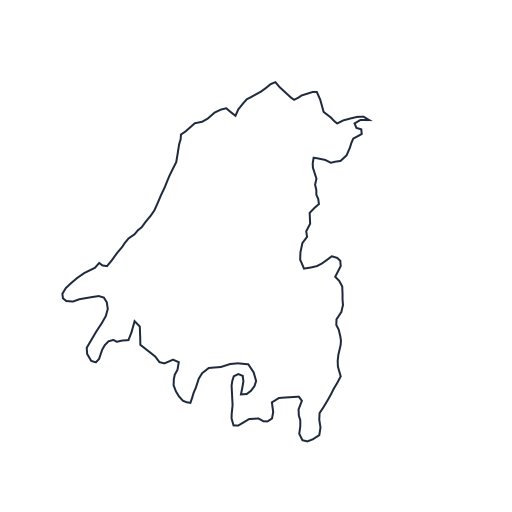 outline of Rolador, Rio Grande do Sul, Brazil, rotated 211°
{"feature_id": "56859067B54223989013555", "entity_name": "Rolador", "entity_type": "district", "adm_level": 2, "iso_a3": "BRA", "parent_name": "Brazil", "parent_adm1": "Rio Grande do Sul", "projection": "natural_earth1", "projection_center": [-54.842, -28.264], "detail": "fine", "context": "isolated", "style": "outline", "palette": "slate", "viewbox_px": 512, "rotation_deg": 211, "n_neighbors": 0, "source": "geoboundaries", "source_scale": "gbopen_adm2", "svg_char_len": 2961}
<svg xmlns="http://www.w3.org/2000/svg" viewBox="0 0 512 512"><g transform="rotate(211 256 256)"><path d="M368.2,228.6L368.8,221.8L370.5,217.2L371.3,212.0L374.3,205.4L375.2,199.4L375.4,194.5L376.6,187.4L377.4,177.8L378.5,170.6L382.8,168.8L386.8,169.3L388.0,162.9L391.3,157.8L394.5,152.8L398.0,145.0L400.5,137.6L402.5,130.6L402.5,123.9L399.7,120.3L395.4,119.7L389.4,122.7L385.2,127.9L381.3,131.3L375.0,136.7L370.1,140.7L365.0,142.0L360.1,139.5L355.8,134.3L353.8,127.2L353.6,118.8L354.0,109.4L353.9,97.1L353.8,90.1L350.3,85.1L343.2,81.2L338.5,82.4L337.5,86.9L339.6,96.6L339.7,101.7L338.5,106.9L335.0,110.6L331.1,110.8L327.3,114.5L322.0,118.2L323.4,126.4L326.5,137.6L319.3,135.7L313.4,126.7L309.4,120.3L294.9,118.5L290.5,117.9L284.1,115.3L279.2,116.8L273.7,124.4L267.5,125.2L264.7,118.0L264.5,112.4L263.0,108.1L260.0,102.7L254.9,98.7L249.8,96.0L244.1,94.3L240.2,94.9L236.6,96.3L237.8,102.0L239.0,106.6L239.7,111.9L241.9,121.4L241.8,127.9L238.8,135.7L233.1,139.8L229.0,142.7L222.5,150.1L216.4,154.6L206.8,159.2L198.0,155.0L191.5,148.9L190.3,143.6L190.9,137.8L192.9,132.9L197.6,129.6L200.0,136.3L202.2,142.0L205.6,146.4L210.3,145.7L213.1,141.5L212.0,136.8L210.2,132.4L199.2,116.0L195.6,108.3L193.3,104.2L188.0,99.2L183.9,101.5L181.7,105.6L177.9,112.7L174.1,115.3L170.2,118.0L164.3,118.2L160.9,120.2L158.6,125.0L160.9,131.1L167.0,138.7L163.2,146.1L159.3,148.9L146.8,157.5L142.1,155.5L140.5,146.4L137.0,141.2L133.5,138.1L130.3,132.8L127.4,125.9L121.3,122.0L116.4,123.6L112.8,128.3L109.5,135.1L112.4,142.2L117.5,148.3L120.6,154.1L120.3,160.7L120.3,169.9L120.5,176.0L121.0,182.2L121.0,188.8L121.4,196.5L126.0,200.7L128.9,203.5L132.1,208.4L134.6,213.9L137.5,223.0L139.5,227.1L142.4,230.6L147.2,235.5L151.6,238.2L154.4,243.2L154.0,251.9L156.2,258.8L159.5,263.4L162.0,267.6L166.4,274.3L171.8,277.5L177.4,279.0L178.2,291.0L181.3,295.3L185.4,296.2L190.9,294.8L193.0,289.6L195.7,283.4L198.6,278.7L202.9,274.5L208.4,269.9L212.7,273.1L216.2,275.5L219.8,282.0L222.9,291.0L222.1,298.7L225.7,303.1L226.2,311.5L232.2,320.6L230.5,327.9L228.8,332.9L231.9,336.8L235.9,339.7L238.2,343.5L242.1,347.6L244.0,353.4L247.8,356.7L252.7,361.0L255.1,364.6L257.2,369.9L253.3,371.5L246.1,374.0L239.8,374.5L236.6,377.7L232.5,381.0L230.2,388.9L231.3,397.2L232.5,402.1L233.1,406.7L228.2,415.0L231.0,418.8L235.9,417.5L239.8,420.4L236.5,426.4L229.0,430.8L235.6,430.8L241.0,427.3L245.7,422.7L251.0,417.2L254.7,411.4L258.7,412.0L263.4,413.3L272.2,414.3L281.6,423.2L288.4,427.9L291.8,425.9L299.5,417.2L301.5,413.1L303.8,409.5L307.7,409.8L323.1,413.0L328.9,415.0L332.0,410.8L333.8,405.7L336.4,399.5L339.7,393.8L342.3,389.3L344.6,385.7L345.6,380.5L346.7,372.5L345.8,365.6L351.5,366.3L357.6,367.3L361.5,363.4L365.3,357.7L368.2,348.8L371.4,343.2L376.8,338.3L380.7,326.1L382.9,321.5L380.8,317.5L379.5,312.4L377.3,306.9L375.2,301.7L372.7,295.3L372.3,289.3L371.5,280.0L370.5,273.3L369.6,267.9L368.8,259.5L367.7,251.8L366.6,242.9L367.0,236.3L368.2,228.6Z" fill="none" stroke="#1e293b" stroke-width="2"/></g></svg>